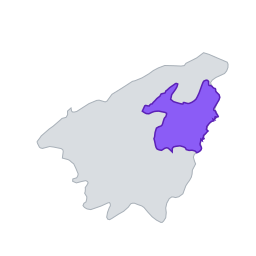 Banja Luka on a map of Bosnia and Herzegovina (Natural Earth projection), rotated 106°
{"feature_id": "BIH-4802", "entity_name": "Banja Luka", "entity_type": "state/province", "adm_level": 1, "iso_a3": "BIH", "parent_name": "Bosnia and Herzegovina", "parent_adm1": "", "projection": "natural_earth1", "projection_center": [17.075, 44.676], "detail": "fine", "context": "in_parent", "style": "filled", "palette": "violet", "viewbox_px": 256, "rotation_deg": 106, "n_neighbors": 0, "source": "natural_earth", "source_scale": "10m", "svg_char_len": 4097}
<svg xmlns="http://www.w3.org/2000/svg" viewBox="0 0 256 256"><g transform="rotate(106 128 128)"><path d="M209.3,69.1L209.7,70.4L208.7,75.2L206.7,80.3L203.4,85.7L200.0,90.7L199.1,93.4L198.9,97.6L198.5,101.0L199.0,102.8L200.1,104.5L204.0,105.9L209.2,109.2L213.7,113.6L219.4,118.6L221.2,120.4L221.2,122.4L219.6,123.9L214.7,124.4L209.6,124.0L207.7,123.5L205.9,124.1L204.8,125.2L205.4,126.5L210.6,132.6L216.7,141.3L217.1,145.0L216.4,147.9L215.0,149.9L212.5,149.6L210.6,148.0L207.7,148.1L205.5,148.6L202.6,151.7L201.1,151.6L198.6,152.1L197.0,152.7L194.5,151.8L191.8,151.2L190.7,152.1L190.2,154.0L191.9,157.3L195.0,162.5L194.5,166.5L192.2,167.0L190.0,163.6L188.1,163.1L185.9,163.2L181.0,167.1L177.4,170.3L176.5,172.6L175.3,175.1L174.9,176.8L175.0,182.8L168.4,183.8L167.0,184.6L166.2,186.4L166.8,194.1L167.4,198.2L171.2,204.6L171.3,206.6L170.8,207.9L168.1,210.4L166.9,211.3L166.0,211.6L161.6,209.9L159.5,209.2L150.7,203.5L146.8,200.4L140.7,196.4L136.9,194.0L134.9,190.5L131.9,189.7L128.4,190.8L124.4,188.3L127.2,187.0L127.9,185.7L127.5,184.1L126.3,181.9L115.4,172.3L110.1,165.7L109.2,163.4L109.2,157.1L107.9,155.6L100.0,152.7L91.1,144.6L81.9,136.6L80.7,134.4L76.0,128.4L70.2,122.9L65.7,119.4L61.9,115.4L57.8,109.9L55.6,101.5L53.8,94.0L52.5,91.1L49.8,90.1L41.7,81.3L34.8,76.1L34.9,70.6L36.1,61.3L37.4,50.8L39.1,49.4L42.3,48.6L45.9,48.9L49.0,50.2L55.2,57.4L58.7,60.2L61.8,61.2L65.2,58.2L69.5,51.9L73.2,48.5L85.8,49.8L91.9,44.9L101.9,51.3L106.0,52.2L108.3,51.4L111.5,51.8L118.5,53.6L120.1,54.4L122.2,54.3L127.4,51.8L129.2,52.1L135.1,57.0L138.1,57.1L141.6,54.9L143.9,53.1L150.7,54.5L154.6,53.7L157.9,53.6L161.4,54.4L164.6,55.6L167.7,56.5L176.1,57.1L180.1,60.2L181.8,63.2L181.8,65.0L182.2,67.0L184.6,68.9L189.6,70.0L192.8,69.8L194.5,69.7L198.8,67.9L203.9,67.0L207.6,68.1L209.3,69.1Z" fill="#d9dde1" stroke="#a8b0b8" stroke-width="1"/><path d="M92.2,44.4L92.6,44.7L93.0,46.0L93.1,46.5L93.0,47.0L93.3,47.4L94.3,47.3L94.2,46.9L94.0,46.4L94.7,46.7L95.3,47.3L95.8,47.6L96.3,46.9L96.4,47.3L96.5,47.7L96.5,48.1L96.3,48.6L96.6,48.4L97.3,47.9L97.6,47.7L98.6,49.5L100.6,50.9L101.9,51.5L104.9,52.7L105.4,52.4L107.7,52.3L107.9,52.0L108.8,50.2L110.7,51.3L111.6,51.6L113.2,52.6L113.6,52.9L114.3,53.3L115.2,53.2L116.8,52.7L117.0,52.1L117.3,51.9L117.6,52.1L117.9,52.5L118.0,52.9L117.8,53.2L117.5,53.6L118.1,53.8L118.7,53.7L119.8,53.1L119.4,54.4L119.1,54.8L119.5,54.7L121.9,54.4L123.0,54.5L123.5,54.4L124.5,53.9L126.3,52.2L127.3,51.7L128.9,51.8L130.3,52.5L131.6,53.6L132.8,55.0L131.6,57.4L131.7,60.3L132.7,63.1L132.7,66.1L131.3,67.3L130.8,69.4L130.8,73.1L132.4,76.9L133.6,79.0L135.4,79.8L138.8,78.9L137.1,82.1L136.3,83.9L136.3,85.3L137.3,87.0L139.0,88.5L140.2,89.6L140.4,91.3L140.4,92.7L140.2,94.2L139.1,95.5L137.3,96.7L135.3,97.7L132.9,99.0L131.3,100.0L131.2,100.1L129.2,100.0L124.9,100.7L121.9,100.7L120.2,100.6L119.3,99.7L118.4,98.9L117.1,96.9L115.6,96.0L113.9,95.9L111.6,95.9L108.8,95.8L107.5,95.3L106.9,94.8L104.4,94.7L103.2,95.0L102.8,96.7L103.1,100.4L103.3,103.1L104.0,105.2L104.9,107.3L106.0,108.9L108.6,111.9L109.1,114.3L108.8,116.0L108.4,117.4L107.9,118.9L103.4,118.2L102.1,118.0L101.4,117.2L101.3,115.2L101.0,113.7L99.9,113.4L98.8,112.7L98.1,111.4L96.6,110.9L94.3,109.6L91.8,108.4L89.9,107.1L88.8,106.1L87.9,106.0L86.1,105.5L85.2,104.0L84.6,102.9L84.1,102.1L83.3,101.9L82.1,101.9L80.8,100.9L77.8,99.1L75.8,97.5L74.4,96.3L72.9,95.1L72.2,94.6L71.8,93.6L72.0,92.3L73.0,92.3L74.9,92.3L77.8,93.0L81.2,94.2L83.9,95.2L86.6,95.0L88.7,94.9L89.1,93.8L89.6,92.6L90.1,91.6L90.2,88.1L90.2,85.0L90.0,82.4L89.6,81.7L88.3,81.8L88.0,81.1L88.0,80.1L88.0,77.6L87.6,76.1L85.7,73.7L83.5,71.8L81.5,70.6L79.0,70.0L77.2,69.7L74.6,69.3L71.7,69.1L70.2,69.0L66.8,68.8L63.7,68.5L62.1,68.1L60.8,66.6L60.3,65.6L60.3,64.6L61.0,63.4L63.3,62.7L64.4,62.3L64.7,61.7L64.7,61.2L64.5,60.8L64.3,60.6L64.8,58.8L65.8,57.2L66.0,56.7L66.1,56.0L66.0,55.6L66.0,55.2L66.4,54.6L66.8,54.4L68.1,54.0L68.6,53.7L69.3,52.7L70.9,49.6L73.2,48.2L76.0,48.3L85.6,50.9L86.8,50.7L87.4,50.2L87.5,49.8L87.4,49.3L87.7,48.5L88.2,48.1L88.7,47.9L89.2,47.6L89.5,46.9L89.9,46.7L90.4,46.2L90.8,45.7L90.9,45.4L92.2,44.4Z" fill="#8b5cf6" stroke="#5b21b6" stroke-width="1.5"/></g></svg>